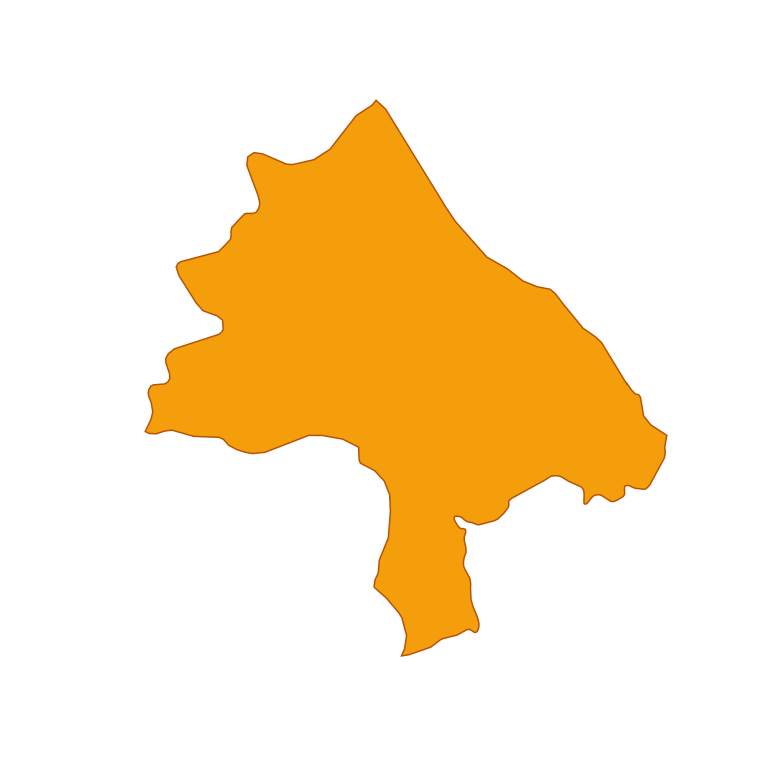 SVG path tracing the border of Cosenza, rotated 156°
{"feature_id": "ITA-5391", "entity_name": "Cosenza", "entity_type": "Province", "adm_level": 1, "iso_a3": "ITA", "parent_name": "Italy", "parent_adm1": "", "projection": "orthographic", "projection_center": [16.346, 39.592], "detail": "fine", "context": "isolated", "style": "filled", "palette": "amber", "viewbox_px": 768, "rotation_deg": 156, "n_neighbors": 0, "source": "natural_earth", "source_scale": "10m", "svg_char_len": 2967}
<svg xmlns="http://www.w3.org/2000/svg" viewBox="0 0 768 768"><g transform="rotate(156 384 384)"><path d="M478.6,128.5L472.9,133.7L465.6,145.1L462.7,163.4L463.7,169.5L469.0,187.7L475.7,202.4L472.1,208.5L466.1,213.7L460.0,224.9L442.6,241.7L430.0,264.9L423.9,280.4L423.2,295.1L427.8,308.7L437.7,321.1L437.7,324.4L432.9,336.6L444.2,350.5L461.3,362.1L473.7,367.7L520.4,370.0L532.6,374.0L538.5,378.0L545.2,384.0L550.8,391.2L553.2,398.8L556.6,402.5L579.0,413.5L596.6,428.2L603.4,430.2L612.5,431.2L618.6,434.3L621.5,437.7L611.3,446.4L606.6,452.5L604.3,461.4L603.9,468.4L603.1,471.5L601.3,474.3L598.0,476.8L595.0,477.0L584.5,473.3L580.7,473.7L577.6,476.0L575.7,480.7L574.7,491.8L573.0,496.1L568.7,499.4L561.2,501.4L514.8,496.5L511.2,497.4L508.6,499.4L505.5,507.9L508.6,514.0L519.4,524.4L522.6,534.3L527.2,566.0L526.3,575.3L523.4,577.8L520.0,578.4L481.2,572.2L470.0,576.6L465.4,578.7L463.1,582.1L461.6,585.8L459.3,589.0L442.3,596.1L440.4,595.8L433.6,592.9L430.5,593.0L426.9,595.5L424.9,598.1L423.6,600.8L422.4,607.3L420.4,639.5L416.1,646.9L408.6,648.2L401.3,643.6L383.7,624.5L378.1,621.6L356.8,617.4L337.9,620.4L300.2,640.5L281.4,643.6L275.8,646.4L270.7,634.3L255.6,520.2L252.7,503.4L238.4,458.0L224.5,439.1L215.2,421.6L204.7,410.7L194.0,403.2L190.8,397.1L188.0,385.0L184.5,372.4L179.5,354.0L171.8,341.3L168.4,333.2L162.1,284.1L162.1,287.2L160.3,277.6L158.5,272.7L155.7,270.6L155.1,267.8L159.8,249.2L157.0,238.3L146.5,222.0L147.5,220.6L153.0,212.5L154.9,207.1L156.7,204.1L158.1,202.3L182.2,183.7L185.9,182.1L188.6,181.7L195.7,185.8L197.2,186.8L199.4,189.1L200.3,190.3L201.5,191.5L203.0,192.4L205.3,192.8L206.5,191.5L208.6,186.2L209.9,184.7L211.5,183.9L217.8,183.1L221.2,183.1L223.3,183.7L224.6,184.6L225.2,185.4L230.0,192.9L231.0,194.1L232.5,195.3L234.4,196.1L237.6,196.7L240.2,195.9L247.1,192.3L249.0,192.3L249.8,193.3L249.4,194.8L246.4,201.0L245.1,204.5L244.9,206.5L245.2,208.2L245.8,209.7L246.8,211.0L255.1,220.3L259.6,226.9L260.9,228.2L262.9,229.6L266.6,231.3L269.1,231.7L271.2,231.7L274.6,230.9L314.4,227.6L317.8,226.4L318.9,223.1L319.8,221.7L320.9,220.6L327.3,217.1L335.1,214.4L338.7,214.2L353.7,216.6L355.4,217.2L356.7,218.2L358.8,220.5L360.0,221.6L362.7,223.4L364.0,224.4L364.9,225.7L365.7,227.0L367.0,230.0L368.2,231.5L369.9,232.9L372.7,234.3L374.0,233.6L374.8,232.1L374.9,230.1L374.3,224.6L373.9,222.9L373.2,221.5L372.1,220.4L370.6,219.8L369.4,218.9L368.9,217.6L369.2,216.2L370.1,214.8L372.2,212.4L373.2,211.1L373.8,209.5L374.5,207.7L375.6,201.8L376.8,198.4L377.6,196.9L378.6,195.6L380.8,193.4L382.8,190.8L383.6,189.4L385.0,186.2L385.1,185.8L385.4,183.8L385.5,182.0L384.7,172.7L384.8,170.8L385.2,168.9L386.4,165.5L388.1,162.0L389.2,159.3L392.1,152.0L393.1,145.6L393.5,133.7L394.0,129.9L394.6,127.0L395.2,125.4L396.2,123.5L397.5,121.8L399.6,120.0L401.4,119.8L402.7,120.6L404.3,123.3L405.3,124.6L406.6,125.4L408.2,125.9L419.0,124.9L432.9,127.3L434.9,127.4L436.8,127.3L448.5,124.6L471.6,126.6L478.6,128.5Z" fill="#f59e0b" stroke="#b45309" stroke-width="1.5"/></g></svg>